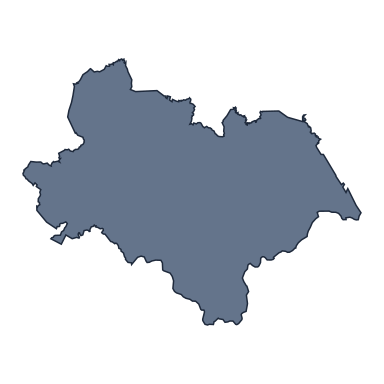 the district of Venustiano Carranza, Puebla, Mexico
{"feature_id": "50627088B90206204829893", "entity_name": "Venustiano Carranza", "entity_type": "district", "adm_level": 2, "iso_a3": "MEX", "parent_name": "Mexico", "parent_adm1": "Puebla", "projection": "robinson", "projection_center": [-97.693, 20.505], "detail": "fine", "context": "isolated", "style": "filled", "palette": "slate", "viewbox_px": 384, "rotation_deg": 0, "n_neighbors": 0, "source": "geoboundaries", "source_scale": "gbopen_adm2", "svg_char_len": 5929}
<svg xmlns="http://www.w3.org/2000/svg" viewBox="0 0 384 384"><path d="M131.6,264.5L137.6,257.3L141.1,256.1L144.3,257.0L146.2,261.3L147.1,262.5L149.3,262.3L151.8,261.0L155.7,260.1L160.9,260.3L162.4,262.9L162.7,269.9L163.8,270.8L170.1,273.1L172.3,276.5L173.6,280.9L172.9,288.5L174.5,291.4L176.5,292.9L181.3,294.5L183.3,296.8L186.0,298.3L190.0,299.3L192.4,301.1L195.6,301.2L198.8,304.1L200.8,309.4L201.7,310.1L203.9,310.1L204.4,311.2L204.4,312.4L202.7,319.2L202.8,320.6L205.0,324.3L207.5,325.0L209.3,324.3L213.4,324.5L214.1,321.6L215.1,321.2L218.2,318.2L218.9,318.8L223.0,319.5L225.0,322.3L227.9,321.9L229.8,321.0L233.0,321.1L235.7,324.3L236.8,324.6L238.6,323.6L241.9,319.6L242.1,318.2L241.2,314.7L241.7,313.6L243.4,312.4L246.1,311.4L247.5,303.6L246.4,295.1L248.6,291.6L246.9,286.1L246.3,285.8L243.8,281.6L242.4,278.0L244.8,271.7L247.4,269.0L247.9,265.2L248.7,264.3L250.2,263.4L252.5,265.5L255.1,267.0L257.8,266.9L258.9,265.9L260.5,262.6L260.7,258.2L262.4,256.7L263.9,256.8L265.3,257.7L267.1,259.9L271.1,260.0L273.1,259.4L274.1,258.4L273.5,257.3L278.8,252.9L281.3,251.8L282.2,250.9L285.6,251.3L287.5,252.3L289.6,252.2L292.6,250.5L295.1,248.0L295.7,248.1L296.3,245.8L298.3,242.8L301.6,239.8L307.1,236.5L307.4,233.9L308.3,231.0L310.3,227.3L312.3,222.6L315.8,218.7L318.5,216.7L317.2,212.4L319.3,211.2L329.1,211.1L331.7,212.2L335.9,212.3L338.6,213.4L341.0,216.1L341.8,218.3L343.1,219.7L346.1,219.6L345.9,217.8L349.9,217.2L352.4,218.1L354.2,219.3L356.3,219.9L358.3,219.7L359.1,216.1L361.0,212.8L356.1,205.4L347.8,188.6L346.0,192.5L342.8,187.1L344.4,184.4L343.3,183.1L341.4,184.6L335.9,176.3L335.9,175.4L323.4,154.5L321.0,154.4L316.6,147.3L316.0,145.4L317.1,144.3L317.6,143.0L318.1,143.5L318.7,143.1L318.8,140.6L320.6,139.2L318.4,138.2L318.1,136.9L316.3,136.9L316.1,136.4L316.6,135.7L315.4,135.6L315.4,134.1L314.2,133.1L311.8,133.7L311.5,133.5L311.7,133.1L310.4,132.4L310.4,131.8L311.2,131.1L310.7,127.8L308.8,126.9L309.4,126.5L308.0,125.7L307.2,123.6L303.5,121.2L303.6,120.2L304.9,120.8L305.8,119.9L304.8,118.3L303.0,117.8L303.3,116.8L305.1,114.9L303.6,115.1L302.6,116.8L302.7,121.6L287.6,117.3L278.8,111.0L262.5,111.4L262.2,111.9L260.5,111.4L260.0,112.6L261.0,114.5L260.9,115.3L259.8,116.8L260.7,118.2L260.5,118.5L258.7,118.6L256.5,120.4L256.3,122.0L255.7,122.2L255.3,120.7L254.7,120.7L251.9,121.9L251.6,122.7L250.1,123.0L249.7,123.5L249.2,122.9L248.0,123.7L247.9,122.8L247.5,122.8L247.2,125.0L246.1,124.5L245.9,122.5L245.2,122.5L246.5,120.0L245.7,120.0L246.1,118.5L245.9,117.7L244.6,116.4L244.0,117.1L243.6,116.9L244.2,115.8L242.3,116.2L240.8,114.8L239.4,115.1L238.6,114.1L237.9,114.3L237.5,113.5L237.8,112.8L236.9,113.2L236.6,112.3L235.8,112.7L235.4,112.1L235.9,111.2L235.2,110.5L235.8,110.1L236.5,111.0L235.8,109.1L236.1,108.2L235.3,108.3L235.3,107.3L234.4,107.9L233.5,107.7L233.9,109.2L230.6,109.6L227.0,115.7L223.1,120.4L223.2,121.6L222.1,122.6L224.1,126.8L223.7,131.3L224.4,133.3L223.7,134.5L224.0,135.2L223.6,135.8L223.9,136.2L222.6,136.8L218.9,136.5L217.5,135.8L216.3,134.3L215.2,133.7L214.0,131.0L212.1,130.0L211.4,128.6L210.7,128.5L210.2,127.9L208.4,127.8L206.7,126.4L204.3,127.8L203.8,127.1L202.9,126.7L201.0,123.2L200.0,122.6L197.9,122.7L196.3,123.9L193.8,123.0L193.0,124.8L191.6,123.7L189.9,124.2L191.4,121.2L191.9,118.5L191.5,117.9L192.3,116.3L192.0,116.0L193.5,115.1L193.6,113.8L192.4,112.7L193.5,111.6L194.5,109.6L193.7,107.9L195.1,106.5L193.2,104.3L191.0,103.3L190.2,103.4L189.9,102.2L190.6,101.0L190.8,99.2L189.5,97.9L189.3,98.5L186.6,99.3L185.5,100.2L183.6,99.8L182.5,100.6L181.2,100.4L181.1,101.1L178.8,100.5L178.7,101.7L176.4,101.2L172.5,99.4L172.0,101.7L169.6,100.1L170.4,96.8L167.7,96.0L167.0,98.6L165.6,97.5L166.0,96.1L163.9,95.9L157.0,90.6L135.6,91.6L130.4,89.5L131.8,86.8L131.4,83.3L131.8,79.8L127.9,71.6L127.3,69.0L125.6,65.8L125.8,62.3L125.1,63.2L124.7,63.2L124.8,62.6L124.1,62.5L124.6,60.7L123.8,60.2L124.0,59.2L123.1,59.3L122.6,60.2L121.6,59.0L119.4,59.9L119.7,60.7L119.3,60.8L118.6,59.7L117.3,61.5L116.6,61.3L114.7,62.7L113.3,62.7L113.3,64.7L112.1,63.9L111.2,64.4L109.1,64.4L109.7,65.9L109.3,66.3L107.1,66.2L106.2,65.7L104.3,69.3L99.7,71.8L97.3,71.3L94.2,72.0L90.6,68.7L90.1,68.9L87.5,71.6L83.0,74.6L80.3,79.8L78.8,81.8L77.0,82.7L77.8,83.3L75.3,84.1L73.5,83.8L74.4,86.5L73.0,95.4L71.5,102.5L68.9,110.5L67.7,117.0L75.3,133.2L76.0,132.7L77.7,135.2L83.0,137.3L83.3,138.8L84.3,140.2L84.0,141.3L84.3,142.0L83.0,144.4L80.9,145.3L80.6,146.6L79.3,147.1L78.6,148.8L77.2,149.4L75.3,149.4L74.3,150.4L73.7,150.4L73.1,151.6L70.3,151.0L68.7,149.2L67.3,149.8L65.0,149.5L64.6,150.2L58.7,153.3L59.6,156.2L58.9,157.8L59.4,158.4L60.5,158.4L58.8,160.6L59.6,162.1L57.8,161.2L53.9,162.1L53.6,161.6L52.3,162.6L51.0,165.2L51.2,166.0L49.4,165.3L47.2,163.1L43.8,163.9L42.6,163.6L40.8,162.0L36.2,162.1L30.8,161.5L28.4,165.1L27.9,166.8L25.1,168.9L24.4,170.3L23.9,170.2L24.0,171.5L23.0,173.5L23.4,175.3L24.9,176.5L26.1,178.8L27.0,179.0L28.6,180.9L32.1,183.5L33.2,185.4L35.0,182.9L37.1,184.9L36.3,186.5L40.8,189.6L39.8,192.2L40.5,194.4L40.3,195.6L38.3,198.7L38.2,201.8L39.0,202.2L39.6,203.0L39.4,203.9L39.8,204.7L38.1,205.7L37.5,207.0L36.8,206.4L36.9,210.4L46.6,222.1L56.4,228.7L57.2,226.5L59.1,226.6L59.8,225.9L59.7,224.3L60.5,223.5L62.8,223.3L65.8,221.9L67.3,223.5L65.8,226.7L64.7,227.9L63.7,230.4L61.5,232.0L60.4,235.2L55.0,235.4L53.8,236.2L53.4,237.2L51.7,237.8L50.9,238.8L61.3,244.2L65.9,235.0L72.2,238.7L76.6,237.4L79.0,238.1L79.4,237.2L78.2,234.9L78.3,233.6L78.9,232.7L79.6,232.9L79.9,234.2L80.9,235.6L82.8,234.9L84.1,230.6L86.9,230.0L88.5,230.5L89.2,231.5L90.0,231.3L89.9,229.6L91.3,226.8L93.2,226.4L94.2,225.1L94.9,225.9L95.9,225.9L95.5,226.8L95.8,227.0L97.8,227.4L100.2,228.8L102.3,228.4L103.2,229.0L103.3,230.6L102.5,231.1L101.7,232.7L103.3,234.0L105.1,234.2L110.7,241.5L112.3,241.9L114.8,243.7L115.2,243.2L116.7,243.4L118.3,245.6L118.9,248.4L120.6,249.0L121.1,249.8L121.0,251.0L123.5,253.0L124.5,256.7L125.6,258.1L125.5,259.4L128.0,262.4L131.4,262.8L131.6,264.5Z" fill="#64748b" stroke="#1e293b" stroke-width="1.5"/></svg>